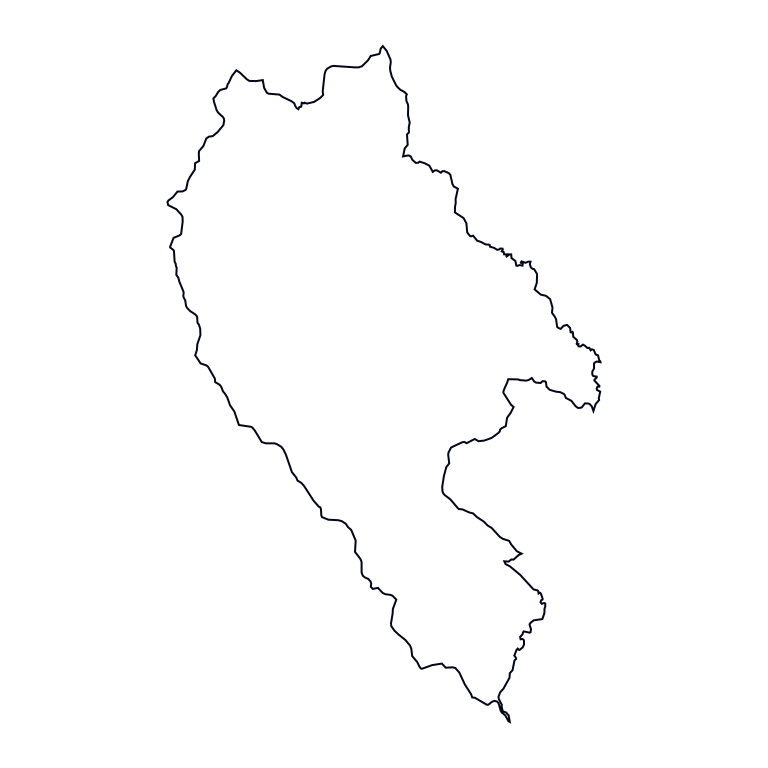 outline of Dai Tu, Thái Nguyên, Vietnam
{"feature_id": "81297802B22157258808987", "entity_name": "Dai Tu", "entity_type": "district", "adm_level": 2, "iso_a3": "VNM", "parent_name": "Vietnam", "parent_adm1": "Thái Nguyên", "projection": "equal_earth", "projection_center": [105.65, 21.604], "detail": "fine", "context": "isolated", "style": "outline", "palette": "ink", "viewbox_px": 768, "rotation_deg": 0, "n_neighbors": 0, "source": "geoboundaries", "source_scale": "gbopen_adm2", "svg_char_len": 6077}
<svg xmlns="http://www.w3.org/2000/svg" viewBox="0 0 768 768"><path d="M509.8,721.9L508.6,715.3L505.8,712.3L503.4,711.6L502.6,710.7L501.5,705.9L501.9,705.0L498.8,698.9L498.5,696.7L500.2,692.2L503.3,688.9L509.5,677.8L509.8,673.2L512.5,670.3L514.5,660.5L516.1,658.9L515.7,657.4L514.3,655.6L516.6,649.8L517.7,648.6L518.9,649.9L519.6,649.9L522.7,647.4L524.0,644.6L524.0,640.8L523.6,639.7L522.4,639.0L520.6,639.3L520.1,636.9L522.5,634.4L523.0,632.4L523.8,631.4L529.7,632.7L530.5,632.3L531.0,629.2L529.6,624.8L529.6,624.1L531.1,622.3L533.8,620.3L542.3,619.1L544.4,613.3L544.5,608.8L545.2,606.6L545.3,603.5L544.1,603.0L541.7,603.8L540.5,602.2L541.2,600.3L542.6,599.5L542.6,598.6L541.0,594.0L540.3,592.9L539.5,592.6L538.6,593.4L538.1,591.0L537.5,590.4L533.5,589.4L520.3,575.0L510.0,566.4L505.6,564.1L504.3,561.3L508.6,561.6L511.3,559.5L513.6,559.6L518.5,555.1L521.6,553.7L516.8,551.2L511.1,544.3L509.2,540.9L502.8,538.8L499.8,536.9L491.6,527.9L487.6,525.5L483.8,521.6L477.0,517.1L473.1,513.4L469.1,512.4L462.8,509.5L458.5,508.9L450.3,499.3L444.7,495.1L443.3,493.4L442.5,491.4L442.2,486.9L443.9,476.1L446.3,467.1L449.2,463.4L448.2,454.8L448.5,452.5L451.1,447.5L461.9,442.4L464.3,441.9L466.6,443.2L474.7,439.0L478.6,441.2L484.1,440.6L491.5,438.0L498.3,433.0L499.8,431.4L500.0,429.8L501.4,428.4L505.8,426.1L507.1,417.7L510.7,412.8L513.6,407.0L511.0,404.7L503.5,393.0L503.4,391.6L504.1,389.4L507.4,382.0L508.2,379.2L518.1,379.4L519.8,380.1L526.1,380.6L528.5,380.1L531.8,378.0L534.3,381.6L536.0,382.6L540.6,383.0L542.5,381.2L545.0,381.3L546.0,382.2L546.5,386.6L549.7,389.8L555.7,391.6L560.3,392.2L563.9,394.0L564.7,394.9L565.8,397.9L571.4,400.8L575.4,406.0L577.5,407.7L579.0,408.0L581.7,407.5L584.9,403.4L588.1,403.5L589.7,404.1L591.7,406.2L593.4,411.0L595.6,404.1L599.1,400.0L598.8,398.2L600.2,391.6L597.0,390.0L596.7,388.8L597.1,387.3L597.6,386.7L599.3,386.7L599.5,386.0L594.4,380.5L594.5,379.6L596.7,377.5L596.7,376.6L593.4,376.1L592.5,375.0L592.2,373.1L592.4,371.3L594.1,368.5L594.0,363.9L594.4,362.8L596.8,361.5L600.5,362.2L600.3,361.3L599.3,360.5L598.0,355.3L595.7,354.5L593.7,349.9L591.8,349.3L590.7,350.3L589.2,347.8L587.4,348.0L584.8,345.6L582.9,344.6L580.6,346.5L578.5,346.3L578.1,345.2L578.4,344.1L576.8,344.1L576.7,343.6L577.4,342.0L576.9,340.0L573.3,336.8L572.8,332.3L572.5,331.8L571.1,332.5L570.6,332.2L570.1,327.9L567.0,324.9L563.6,325.8L560.7,328.8L559.0,328.3L557.1,326.8L556.1,319.3L554.9,316.8L552.0,312.8L552.5,307.5L550.1,299.1L545.9,295.8L540.9,294.7L534.6,289.4L536.8,282.9L537.1,274.1L534.2,269.2L532.5,268.8L530.9,267.4L529.8,264.1L530.5,261.7L528.3,261.6L525.6,262.8L521.6,261.4L520.8,262.4L521.0,262.9L522.3,262.9L522.8,263.5L522.5,265.6L519.6,265.1L517.1,265.9L516.3,265.6L515.4,261.0L511.5,258.1L511.2,254.4L509.6,254.4L506.6,256.5L506.4,256.1L507.4,254.3L504.1,254.3L503.7,252.0L501.8,251.4L502.8,249.7L502.6,248.7L500.2,248.5L499.2,249.5L497.2,249.8L493.9,247.8L490.0,246.7L489.7,245.0L489.0,244.7L485.5,244.4L481.1,242.0L477.2,240.7L473.1,235.7L471.2,236.3L469.9,235.9L467.2,232.4L466.4,223.3L463.6,218.1L454.9,212.4L455.0,206.9L455.7,203.2L455.6,199.1L457.9,188.7L453.8,186.5L452.5,184.2L450.3,174.7L448.7,173.1L444.2,171.1L442.4,171.2L440.9,172.7L436.8,170.3L435.7,170.3L434.6,170.5L432.8,171.9L429.4,165.7L424.8,163.3L419.6,161.6L418.1,162.8L415.8,162.9L412.4,159.9L410.8,156.5L409.6,155.7L407.7,155.5L403.1,156.4L404.7,148.4L407.7,144.9L407.0,134.4L408.9,132.5L408.8,127.1L409.7,122.6L408.0,115.3L408.2,106.6L407.9,104.3L406.4,100.9L406.1,96.2L406.8,94.3L404.4,92.0L400.4,89.8L397.9,87.5L396.4,85.7L393.7,80.5L391.8,76.5L390.3,70.9L390.0,67.7L390.8,61.9L390.4,59.3L386.7,50.9L382.8,46.1L380.7,48.6L379.7,53.2L379.1,54.0L370.7,56.0L368.0,60.3L362.0,66.2L358.9,67.3L355.3,67.4L333.3,65.9L331.2,66.4L327.1,68.7L325.6,70.8L324.6,74.0L322.7,91.4L323.2,94.9L320.4,97.8L314.1,101.9L307.0,103.6L304.6,102.7L303.9,103.4L301.8,102.7L301.2,106.7L299.3,107.1L298.4,109.2L296.6,108.1L295.2,105.9L294.3,103.3L291.3,101.1L282.5,96.9L279.5,94.6L268.8,93.7L266.9,92.8L264.1,87.8L262.8,80.1L256.0,81.1L249.3,80.9L246.6,79.1L240.1,72.8L236.3,70.3L231.8,76.2L228.5,83.3L227.7,84.1L226.8,87.5L226.1,88.4L220.2,90.0L217.9,92.4L215.7,96.1L213.4,98.4L214.0,101.8L216.6,110.1L218.1,112.6L222.9,117.0L223.9,118.6L224.2,120.5L223.4,125.1L217.6,132.1L212.8,136.1L208.8,136.7L206.3,138.5L203.4,146.0L199.1,151.0L198.8,153.1L199.1,161.0L195.1,163.2L194.8,169.6L190.0,176.9L187.8,181.3L186.2,189.0L185.6,189.9L182.7,191.4L177.4,191.6L173.0,197.1L168.4,200.5L167.5,202.0L168.1,205.1L176.3,209.2L181.2,214.5L182.5,216.8L182.7,221.4L181.1,234.1L179.2,235.6L173.6,237.8L170.1,246.8L170.2,247.5L173.7,250.3L174.0,251.3L174.6,261.6L175.7,263.7L175.9,265.9L176.7,267.7L176.3,274.8L178.4,277.9L179.4,281.8L183.2,290.9L183.7,292.8L183.3,295.8L183.6,297.4L185.2,300.3L186.1,306.1L187.3,308.2L190.3,311.2L195.1,314.3L197.1,316.5L197.5,322.8L198.9,324.6L200.2,328.7L200.4,335.2L197.3,344.3L196.9,350.0L195.2,355.3L200.6,363.4L206.6,365.5L208.3,367.1L214.8,378.5L215.2,382.1L219.7,384.8L221.4,387.1L223.0,391.4L224.9,393.6L227.2,397.3L230.0,405.2L234.4,411.6L238.9,425.0L251.0,426.8L252.3,427.5L254.7,430.4L261.8,442.1L265.8,443.3L274.4,443.3L277.0,444.2L281.3,446.8L283.4,449.5L286.0,454.9L291.9,472.1L296.2,477.5L297.5,480.6L301.1,482.7L303.9,485.7L313.5,500.6L318.7,506.6L320.4,507.4L321.0,509.6L321.3,515.3L322.0,517.1L328.4,519.7L338.2,520.2L341.7,521.1L345.8,523.8L348.0,527.1L351.2,529.9L355.7,540.6L355.0,551.9L360.1,558.5L361.2,560.7L361.6,562.4L361.6,572.5L362.8,575.7L365.0,577.5L368.2,578.9L370.5,581.4L371.2,583.7L370.8,586.8L372.8,588.9L378.0,587.9L382.6,592.9L385.3,594.2L390.6,594.9L392.6,595.8L396.3,599.6L392.9,608.9L392.6,613.7L391.0,623.5L391.3,626.2L394.4,630.6L398.6,634.6L405.4,640.0L410.0,645.5L411.3,648.7L412.2,656.1L417.2,662.0L419.5,666.7L420.7,668.3L421.8,668.8L432.2,665.1L441.9,663.6L445.7,667.7L452.8,667.3L455.3,668.0L459.3,672.5L464.9,684.6L471.1,694.2L472.2,697.4L475.0,697.8L486.9,704.8L488.5,704.6L492.1,701.7L494.4,700.9L497.1,701.5L498.6,703.3L500.8,711.0L501.7,712.4L505.3,715.4L508.4,721.1L509.8,721.9Z" fill="none" stroke="#020617" stroke-width="2"/></svg>